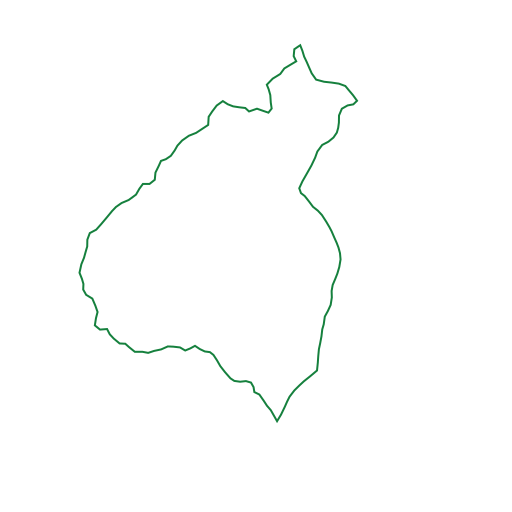 Aguanil, Minas Gerais, Brazil, rotated 235°
{"feature_id": "56859067B60511800598000", "entity_name": "Aguanil", "entity_type": "district", "adm_level": 2, "iso_a3": "BRA", "parent_name": "Brazil", "parent_adm1": "Minas Gerais", "projection": "natural_earth1", "projection_center": [-45.42, -20.982], "detail": "fine", "context": "isolated", "style": "outline", "palette": "green", "viewbox_px": 512, "rotation_deg": 235, "n_neighbors": 0, "source": "geoboundaries", "source_scale": "gbopen_adm2", "svg_char_len": 2215}
<svg xmlns="http://www.w3.org/2000/svg" viewBox="0 0 512 512"><g transform="rotate(235 256 256)"><path d="M403.4,406.0L398.1,401.5L392.4,400.6L392.9,394.1L393.4,386.8L391.2,380.3L391.7,371.4L390.1,363.1L385.3,362.0L379.6,360.0L373.2,356.1L367.8,353.4L366.3,348.4L370.5,345.3L376.1,341.3L378.4,333.2L383.4,332.1L387.4,327.6L391.7,323.1L396.5,319.9L401.9,317.7L401.8,310.1L399.5,303.0L397.2,297.1L390.8,292.0L391.0,284.9L391.2,277.6L393.0,270.0L393.0,261.8L391.5,255.0L389.1,249.9L386.9,243.7L387.0,237.7L388.4,232.7L385.7,228.2L382.0,221.5L376.5,216.8L376.1,210.1L379.9,204.7L378.0,199.1L375.1,192.9L374.9,183.8L376.5,176.3L376.5,169.5L375.4,164.0L373.4,156.8L371.0,147.8L369.2,140.2L370.1,133.0L366.1,127.2L360.6,123.2L357.0,118.7L353.2,114.1L349.4,108.2L343.5,101.8L337.1,100.3L332.1,98.6L327.6,95.2L321.6,94.6L315.0,97.5L307.4,95.9L301.0,94.1L296.9,89.3L291.6,84.2L285.2,86.0L281.6,92.1L275.7,91.3L270.0,92.1L262.6,94.1L259.1,98.6L254.3,99.7L247.0,101.8L242.7,108.0L238.5,112.1L236.7,118.1L233.9,124.7L232.5,131.9L229.2,136.2L224.7,141.3L219.2,143.8L218.0,149.1L217.4,154.5L212.0,156.6L207.2,159.3L203.7,163.1L199.4,164.4L192.8,164.2L186.3,163.6L178.5,164.0L170.4,164.9L166.1,166.6L162.1,170.9L159.3,176.0L155.2,179.3L150.0,178.8L145.5,176.6L140.6,179.3L133.0,179.3L127.1,179.1L121.2,179.7L114.8,179.1L108.6,178.5L111.7,185.5L116.0,193.2L118.9,198.0L121.5,202.8L123.9,210.4L125.1,217.5L125.9,223.3L126.4,231.2L127.2,240.3L133.1,245.4L138.3,249.6L143.6,254.1L147.6,258.4L152.6,263.5L157.9,268.2L161.2,272.3L166.9,277.6L169.7,283.3L173.1,289.1L178.5,294.3L184.0,297.9L188.3,302.2L191.6,307.5L194.9,312.5L199.2,317.9L204.7,323.3L210.1,326.4L215.6,328.4L220.4,329.6L226.1,330.7L232.9,332.1L237.5,332.7L243.7,333.2L251.7,333.5L257.5,332.7L263.6,330.9L270.2,330.7L277.2,330.3L281.7,328.9L286.7,330.3L290.5,336.8L294.8,345.9L298.3,353.2L302.6,360.8L306.4,366.2L309.0,373.9L308.1,380.9L308.6,387.4L310.7,393.0L313.8,396.8L317.7,400.4L323.5,404.6L327.4,410.8L326.8,417.4L324.4,422.7L325.2,427.8L332.1,427.7L338.7,427.1L344.0,426.7L349.7,422.7L354.7,417.4L359.7,411.7L366.0,406.4L373.7,406.4L380.3,407.7L385.7,408.8L391.7,409.8L397.5,411.7L403.3,413.1L403.4,406.0Z" fill="none" stroke="#15803d" stroke-width="2"/></g></svg>